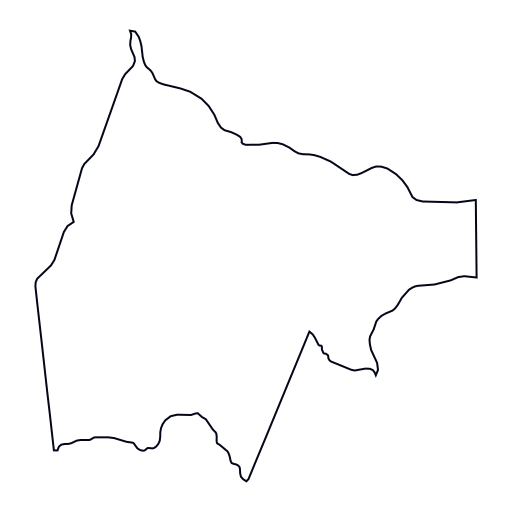 an SVG outline of Gash Barka
{"feature_id": "ERI-1560", "entity_name": "Gash Barka", "entity_type": "Region", "adm_level": 1, "iso_a3": "ERI", "parent_name": "Eritrea", "parent_adm1": "", "projection": "orthographic", "projection_center": [37.465, 15.27], "detail": "fine", "context": "isolated", "style": "outline", "palette": "ink", "viewbox_px": 512, "rotation_deg": 0, "n_neighbors": 0, "source": "natural_earth", "source_scale": "10m", "svg_char_len": 2630}
<svg xmlns="http://www.w3.org/2000/svg" viewBox="0 0 512 512"><path d="M53.9,450.4L49.9,414.8L47.1,390.8L44.4,366.5L42.3,347.8L41.1,337.1L37.4,304.7L35.4,286.3L35.7,282.1L37.2,278.7L51.0,265.4L54.4,260.0L63.9,231.9L67.6,226.0L73.7,221.9L71.2,213.4L71.7,205.3L82.0,168.3L84.3,164.0L93.5,154.5L98.5,146.2L107.5,120.8L116.0,96.7L122.2,79.1L125.2,74.1L133.0,66.0L134.9,61.1L134.5,57.0L131.1,49.1L130.2,45.1L130.4,41.0L131.1,37.5L131.2,34.1L130.0,30.7L135.2,31.6L138.8,37.0L140.3,41.2L141.5,46.3L142.7,57.0L143.9,61.8L145.1,64.8L146.4,66.8L147.8,68.1L149.4,69.4L151.0,71.0L152.5,73.2L155.1,79.2L156.4,81.1L158.9,82.7L163.2,84.3L180.6,88.5L190.1,91.7L201.6,98.8L208.7,106.0L214.3,114.7L217.8,122.9L220.9,127.5L224.5,130.2L231.0,132.1L236.6,134.6L240.1,136.8L241.5,138.8L241.8,140.5L241.6,142.4L242.9,143.8L245.7,144.8L259.3,144.7L272.4,142.9L277.6,143.0L282.8,144.3L289.4,147.6L294.6,151.3L298.6,153.4L302.8,154.2L309.3,154.4L314.2,155.1L320.3,156.9L331.0,161.7L349.2,173.9L352.6,175.1L357.3,174.7L361.3,173.2L371.6,168.0L376.1,166.5L381.1,166.6L387.3,168.5L396.1,174.2L402.4,180.3L407.4,187.1L412.5,197.1L416.5,200.0L422.7,201.5L456.8,202.4L475.8,200.0L476.6,277.5L464.2,276.2L458.2,277.1L450.6,280.4L434.5,284.5L417.9,285.8L415.1,286.4L412.4,287.6L409.0,289.7L401.9,297.7L397.8,304.8L395.1,308.4L392.5,310.6L385.6,313.5L381.4,315.9L378.1,319.0L376.3,321.5L373.7,329.3L370.1,336.4L369.5,339.8L369.9,344.3L371.1,349.9L377.1,362.9L378.0,369.9L375.8,375.3L374.6,372.4L372.7,370.0L369.8,368.8L365.4,368.6L354.7,370.5L351.3,369.8L331.0,361.5L329.5,360.3L328.4,358.4L328.3,356.7L327.9,355.2L326.0,353.8L323.9,353.4L323.1,352.5L322.7,351.2L322.0,349.8L321.9,349.2L321.9,347.2L321.8,346.4L321.2,345.7L319.3,345.5L318.5,344.8L314.9,337.7L312.7,334.4L309.4,331.6L301.8,350.1L289.7,379.4L277.7,408.5L266.0,436.9L255.2,462.8L248.5,479.1L246.4,481.3L243.0,479.1L241.0,476.8L240.2,473.6L239.9,468.6L239.4,466.8L237.9,465.3L236.0,464.4L234.1,464.0L231.7,463.1L230.6,460.9L229.6,456.1L228.2,452.5L227.4,451.3L219.8,444.9L217.1,443.3L216.6,441.3L216.7,436.9L216.4,434.0L215.7,432.4L212.9,429.6L205.8,419.2L202.2,417.2L197.7,413.2L195.1,413.6L191.0,415.0L177.2,414.7L170.7,416.2L165.3,420.3L162.5,424.4L161.0,428.3L160.3,432.2L160.2,436.8L159.7,440.9L158.2,444.1L156.2,446.5L153.9,448.1L152.4,448.4L149.0,448.0L147.5,448.1L144.8,450.3L143.7,450.7L141.7,450.5L140.1,450.0L138.6,449.2L137.2,448.1L133.8,443.4L132.7,442.7L126.5,441.8L114.2,438.1L108.2,437.3L95.4,437.3L93.6,437.7L90.6,439.6L89.0,440.0L80.5,440.0L76.8,440.6L71.0,443.3L68.4,443.9L64.4,444.0L61.2,444.7L58.9,446.7L57.5,450.4L53.9,450.4Z" fill="none" stroke="#020617" stroke-width="2"/></svg>